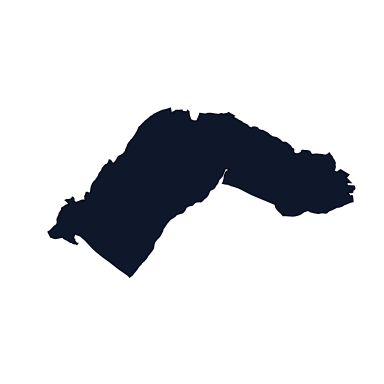 Creteni, Vâlcea, Romania, rotated 241°
{"feature_id": "2599482B89031901268624", "entity_name": "Creteni", "entity_type": "district", "adm_level": 2, "iso_a3": "ROU", "parent_name": "Romania", "parent_adm1": "Vâlcea", "projection": "orthographic", "projection_center": [24.181, 44.701], "detail": "fine", "context": "isolated", "style": "filled", "palette": "ink", "viewbox_px": 384, "rotation_deg": 241, "n_neighbors": 0, "source": "geoboundaries", "source_scale": "gbopen_adm2", "svg_char_len": 6007}
<svg xmlns="http://www.w3.org/2000/svg" viewBox="0 0 384 384"><g transform="rotate(241 192 192)"><path d="M159.4,330.9L159.1,328.8L159.2,327.8L159.0,327.3L159.3,326.5L160.8,324.6L161.6,323.8L163.2,321.2L164.4,319.7L166.7,314.7L169.9,314.6L170.5,314.5L171.0,314.1L172.6,312.1L173.6,310.3L174.7,309.1L174.9,308.6L174.8,308.1L173.9,307.0L173.7,306.5L173.6,304.1L173.8,303.4L174.4,302.1L175.9,300.3L178.1,300.2L178.8,300.6L179.4,301.2L180.4,301.5L181.8,300.5L182.3,300.4L184.1,300.4L185.0,300.2L186.4,299.5L187.7,299.1L189.4,298.3L189.8,297.9L190.5,297.0L191.1,295.7L191.6,295.1L194.5,294.2L198.3,292.3L201.4,288.8L203.4,287.9L204.1,287.4L206.1,286.9L208.0,285.9L211.2,283.7L211.8,283.1L212.1,282.5L212.3,282.1L214.2,280.6L216.3,280.3L217.7,279.0L218.4,278.1L218.8,277.4L219.2,276.5L219.1,275.1L219.2,274.8L220.8,273.4L221.1,273.2L221.9,273.2L223.9,272.6L229.1,268.9L229.4,269.4L231.8,267.6L233.9,266.5L237.8,263.9L238.1,265.8L241.9,263.3L242.9,262.9L243.2,262.6L243.6,262.4L243.5,261.8L243.5,261.2L243.6,260.1L244.2,258.9L244.4,258.1L244.1,257.5L245.7,256.3L245.5,255.5L245.7,255.4L246.3,255.4L246.4,255.0L246.8,252.6L247.2,252.2L248.4,250.5L251.8,246.1L252.5,244.6L253.0,243.8L253.2,242.3L253.7,241.1L255.7,238.4L256.8,237.0L256.7,236.8L256.2,236.6L251.7,230.9L252.3,229.5L252.9,228.3L253.6,227.5L255.3,226.2L255.4,225.9L256.6,225.9L260.6,226.7L263.9,228.2L265.4,227.6L264.4,226.4L265.0,225.3L265.7,224.5L267.1,222.4L267.9,222.8L268.3,222.9L268.8,222.0L269.5,220.1L270.5,218.5L271.1,217.4L271.1,216.8L270.7,216.4L270.7,215.7L271.1,214.1L270.7,213.7L270.4,213.6L270.5,213.0L271.0,211.9L275.7,213.6L276.4,209.7L277.5,205.8L277.9,202.4L278.3,196.5L277.8,194.4L278.0,192.6L277.8,191.8L277.4,190.7L276.6,185.6L275.9,183.5L275.4,181.3L274.6,179.4L274.3,177.3L273.8,176.5L272.7,175.3L271.2,173.2L271.0,172.6L269.5,170.3L267.2,165.5L267.1,164.5L265.9,161.9L265.6,160.9L265.1,160.0L264.2,158.5L263.3,157.7L261.1,154.7L260.4,154.2L259.8,153.4L258.5,150.4L258.4,148.0L258.6,145.3L258.5,144.8L258.3,144.2L257.7,143.4L255.8,140.2L255.2,138.6L255.0,137.9L255.3,136.9L255.7,136.2L258.1,136.2L259.5,135.7L260.0,135.2L258.7,133.9L258.1,132.9L257.3,131.4L257.3,130.9L257.6,130.0L257.6,129.3L256.1,125.2L254.6,123.6L254.1,122.7L253.3,120.4L252.4,119.1L251.2,117.9L250.8,117.2L249.7,114.8L248.8,113.2L248.7,112.5L248.2,110.7L246.7,108.3L245.8,107.1L245.1,106.5L243.1,104.8L241.5,103.7L240.1,102.3L241.4,100.8L242.6,99.9L242.7,99.4L242.5,98.9L241.7,98.3L241.2,97.7L240.4,97.1L240.0,96.7L240.3,96.2L240.2,96.1L239.3,96.1L238.4,95.4L236.7,94.6L236.4,94.4L236.3,94.1L236.3,93.7L236.6,93.6L236.6,93.3L236.6,93.2L237.3,92.9L236.7,92.5L236.7,92.0L236.8,91.7L237.2,91.6L237.4,92.0L237.6,92.1L237.8,92.1L238.0,91.8L238.2,91.2L238.3,88.7L238.8,86.3L238.8,85.2L239.3,85.2L240.1,84.5L240.6,84.4L242.0,84.5L242.9,85.0L243.2,85.3L243.5,85.2L244.6,85.3L245.3,84.9L245.3,84.6L244.4,83.6L244.6,81.9L245.0,80.2L245.9,78.9L246.1,78.3L246.1,77.4L243.7,78.4L241.4,78.5L240.6,78.3L241.0,77.7L241.0,77.0L241.5,75.3L241.1,73.0L241.1,70.5L241.0,70.2L239.9,69.8L239.5,69.3L238.8,67.9L237.5,65.5L236.2,64.4L234.3,61.7L233.8,61.3L233.6,60.9L231.0,59.8L230.2,59.2L229.1,58.1L228.7,56.3L228.7,55.3L228.6,54.6L227.9,52.7L227.1,49.9L226.8,49.7L226.7,49.3L226.9,47.8L226.8,46.9L225.0,46.7L224.0,46.8L221.2,46.6L218.4,49.1L217.6,50.1L216.5,53.4L215.8,55.9L215.2,57.2L214.9,57.4L213.6,57.4L212.6,58.1L212.0,58.3L210.5,59.6L209.2,60.1L208.9,60.5L207.6,60.9L206.4,62.3L204.3,63.5L203.8,64.2L204.0,64.7L203.8,64.9L202.8,65.6L202.4,65.6L202.0,65.9L202.5,66.9L203.1,66.1L203.4,66.0L204.6,65.9L205.7,65.6L206.5,65.8L207.7,66.4L208.2,65.9L209.3,65.7L210.8,67.6L212.7,68.9L212.3,69.4L210.6,70.5L209.0,72.2L207.4,73.3L203.9,74.5L202.3,75.2L191.3,77.9L185.2,79.9L184.3,80.4L178.7,82.6L170.7,86.4L160.9,90.5L150.7,95.5L147.9,96.3L148.3,97.0L148.2,98.3L148.6,99.8L149.2,101.1L150.5,104.5L151.3,106.4L152.4,108.4L152.9,109.4L153.5,111.9L154.3,113.3L154.6,114.0L155.2,117.1L155.9,118.8L156.0,119.5L157.8,122.4L159.4,126.6L160.0,127.7L160.6,129.3L161.5,130.6L162.5,131.6L164.9,133.4L166.4,135.1L166.7,135.6L167.0,136.7L167.3,137.1L168.0,138.9L168.8,141.8L170.0,144.0L172.4,147.5L173.5,148.2L173.7,148.6L176.9,154.8L178.1,158.0L178.8,160.1L178.8,162.4L179.1,165.5L179.8,167.4L179.2,170.9L178.7,172.4L178.6,173.1L178.7,174.6L179.3,176.1L179.6,176.8L181.3,179.1L181.5,179.5L181.5,180.6L181.5,182.8L180.4,185.8L180.5,186.4L181.2,188.5L181.4,189.9L181.2,191.0L181.0,192.1L180.5,192.8L180.1,193.9L179.3,194.8L179.2,195.2L179.5,197.2L180.0,198.2L180.4,200.1L180.5,201.2L180.7,202.2L181.5,203.9L182.2,205.1L183.9,207.2L184.8,208.6L184.9,209.3L184.6,211.0L184.6,212.1L184.9,213.6L185.2,214.3L186.1,215.3L187.1,218.1L187.7,218.9L189.7,221.1L189.9,221.7L190.1,221.9L190.5,223.8L191.4,226.0L191.9,226.8L192.5,227.6L194.5,229.7L194.5,230.0L195.1,230.8L196.3,232.3L196.5,232.7L196.3,233.1L194.0,235.3L193.1,234.3L193.0,233.8L193.1,232.3L193.0,231.7L192.4,230.5L190.5,228.5L189.6,227.7L188.6,227.2L185.8,224.6L184.8,223.1L182.9,225.2L181.8,226.9L180.0,228.6L178.6,229.5L177.9,230.4L172.9,235.0L160.7,243.2L141.1,258.7L141.1,258.9L138.5,258.1L136.6,258.0L133.7,258.6L130.7,259.6L127.2,260.3L126.7,261.6L124.5,265.0L122.4,268.2L121.6,269.9L120.7,272.9L120.3,275.0L120.2,276.5L120.6,280.4L119.8,284.5L119.1,285.2L117.5,286.0L115.6,288.1L115.0,288.6L112.2,292.1L111.8,293.0L111.6,294.1L111.1,295.5L110.3,296.8L109.1,298.3L108.7,299.3L108.6,300.1L109.2,302.0L109.2,302.5L108.7,306.9L108.6,311.1L108.5,311.5L107.6,313.5L107.1,316.1L107.0,316.7L107.3,318.8L107.0,320.0L106.8,322.4L106.3,325.9L105.7,328.1L110.6,330.2L111.1,330.1L111.3,329.8L111.4,328.4L112.4,328.1L115.0,327.9L115.4,328.2L115.5,328.7L115.3,330.0L114.7,330.5L114.2,331.4L114.0,332.3L114.5,332.7L115.5,332.7L115.6,334.9L116.2,336.0L118.5,336.6L122.2,330.8L125.6,331.9L123.4,335.3L129.9,333.6L131.1,337.4L139.4,332.6L138.9,328.4L141.4,326.2L144.2,329.1L145.1,329.6L146.9,330.1L147.3,330.8L148.5,331.4L151.4,331.5L153.1,331.3L154.8,331.5L155.8,331.4L157.0,331.0L159.4,330.9Z" fill="#0f172a" stroke="#020617" stroke-width="1.5"/></g></svg>